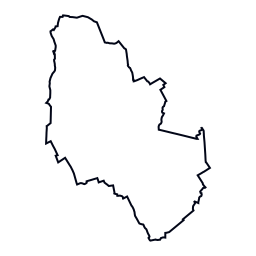 the district of Curtuiseni, Bihor, Romania
{"feature_id": "2599482B62407773842337", "entity_name": "Curtuiseni", "entity_type": "district", "adm_level": 2, "iso_a3": "ROU", "parent_name": "Romania", "parent_adm1": "Bihor", "projection": "albers", "projection_center": [22.231, 47.541], "detail": "fine", "context": "isolated", "style": "outline", "palette": "ink", "viewbox_px": 256, "rotation_deg": 0, "n_neighbors": 0, "source": "geoboundaries", "source_scale": "gbopen_adm2", "svg_char_len": 4627}
<svg xmlns="http://www.w3.org/2000/svg" viewBox="0 0 256 256"><path d="M201.5,193.2L200.6,192.9L200.2,191.6L200.7,190.9L201.6,189.9L201.9,189.6L202.2,189.3L202.5,188.8L203.0,188.1L203.5,187.9L203.8,187.9L204.1,187.9L205.2,187.7L205.5,187.4L204.5,186.4L203.0,184.5L202.8,183.9L202.8,183.3L197.7,175.3L201.2,173.3L203.3,172.0L204.0,171.7L204.6,171.3L209.9,167.9L206.0,162.1L205.8,162.1L205.6,160.7L205.3,154.4L205.1,151.4L204.5,142.2L203.9,135.6L203.8,133.1L203.7,132.3L203.7,131.0L203.4,130.3L203.2,129.9L202.5,129.4L202.5,129.0L202.3,128.4L202.1,128.2L201.8,127.9L201.6,128.0L201.8,128.2L202.0,128.4L202.2,129.4L201.5,130.1L200.5,130.4L199.6,130.8L199.3,131.1L199.2,131.7L199.4,132.3L200.1,133.7L199.7,134.3L198.7,134.8L197.5,135.2L196.5,135.6L196.3,136.7L196.8,137.5L197.6,138.9L196.8,138.9L190.3,137.3L184.3,135.8L176.9,134.0L172.2,132.9L161.9,130.4L158.8,129.7L158.6,126.9L158.8,125.9L159.4,124.6L161.0,123.5L161.6,122.0L161.6,121.3L161.4,120.0L161.4,119.7L161.6,118.2L161.8,117.5L162.0,116.9L163.0,115.4L164.0,113.4L162.4,112.7L162.2,112.3L162.0,111.8L162.1,110.9L162.7,109.8L162.6,108.5L162.5,108.1L162.7,107.3L163.2,106.7L164.0,106.2L165.2,102.3L165.2,101.9L165.4,101.6L166.4,101.0L160.4,89.8L164.4,87.1L163.3,84.9L165.6,83.2L160.0,78.5L152.4,82.9L150.1,84.3L149.7,83.4L148.3,81.6L147.3,81.3L144.0,77.1L140.6,78.6L137.3,80.1L133.8,81.4L133.7,81.4L133.7,81.1L133.6,79.8L133.1,79.8L133.0,77.1L132.7,75.1L132.2,72.5L131.5,71.2L131.1,70.5L130.7,69.4L130.1,68.0L129.5,67.7L128.9,67.2L128.5,66.5L128.0,66.0L127.9,65.7L127.8,65.2L128.1,64.6L127.8,63.5L127.6,60.9L126.9,56.0L126.7,53.9L126.1,50.2L126.0,49.6L125.8,49.2L125.7,49.1L125.1,48.7L124.7,48.6L124.4,48.4L124.1,48.1L123.8,47.7L118.6,41.2L116.4,43.0L114.8,43.6L114.1,43.7L113.4,43.6L112.3,43.4L110.7,43.3L109.7,43.3L107.7,42.7L106.9,42.9L104.8,42.4L103.6,39.2L96.9,22.3L94.0,21.3L91.8,19.5L87.9,17.2L82.8,15.9L82.4,15.9L80.8,16.4L76.9,17.7L72.6,17.1L70.4,17.0L69.5,16.9L68.8,16.1L65.9,15.7L63.4,15.4L63.0,15.4L62.9,15.7L62.8,16.4L62.6,16.9L61.9,16.9L61.6,16.9L60.0,16.9L59.1,19.0L58.5,21.1L58.0,22.9L57.6,26.2L55.6,26.4L55.4,27.4L53.8,30.0L53.0,29.4L52.1,30.1L51.3,30.8L50.5,31.3L50.5,32.0L50.7,33.1L51.7,36.0L53.1,38.3L53.5,38.9L54.1,40.7L54.2,41.3L55.7,45.5L55.7,47.1L55.1,50.8L53.3,51.1L53.2,51.4L53.6,52.3L54.3,52.7L54.3,53.0L53.9,53.1L53.9,53.7L54.2,54.3L54.8,54.4L54.9,58.7L54.1,59.7L54.1,59.9L54.2,61.3L54.4,61.9L54.8,64.1L54.8,65.3L55.2,67.7L55.0,70.2L54.4,71.4L52.5,73.6L50.5,78.0L49.6,81.7L49.8,83.3L49.4,86.2L49.5,86.9L50.3,90.1L50.3,93.0L50.1,97.6L49.2,99.4L48.9,99.4L48.5,99.5L48.3,100.0L47.9,101.1L47.1,102.1L46.3,102.9L48.1,103.5L48.3,103.6L48.9,103.9L49.5,104.9L49.8,105.3L51.0,106.8L50.6,123.1L47.0,126.0L46.7,126.1L46.8,128.1L46.6,131.3L46.5,132.9L46.5,133.2L46.5,133.3L46.4,136.2L46.4,136.3L46.3,138.1L46.2,140.5L46.1,143.2L46.1,143.5L47.7,142.7L48.1,142.5L49.3,141.9L49.6,141.8L49.9,141.6L50.3,141.4L50.5,141.3L50.7,141.2L53.1,146.0L54.8,149.1L57.6,155.2L55.7,155.7L58.2,162.4L65.1,157.8L69.9,165.5L70.7,166.7L72.6,170.5L73.9,173.5L76.6,183.1L77.1,184.5L79.0,183.7L80.2,183.2L81.0,183.1L81.5,183.2L82.0,183.3L82.5,183.4L83.0,183.6L83.5,183.9L84.6,184.1L85.9,183.4L86.7,182.7L86.6,181.3L87.9,180.9L91.7,179.8L97.3,178.1L98.3,180.9L98.7,182.4L103.7,180.7L104.5,182.6L104.9,182.9L106.6,184.2L107.2,184.6L108.8,186.0L113.1,185.4L113.8,189.0L114.5,192.6L114.3,193.5L115.3,193.9L117.2,194.3L117.3,195.8L118.3,195.8L120.0,195.6L122.0,196.2L122.8,197.0L123.3,197.7L123.0,198.1L123.0,198.4L123.1,198.6L127.1,196.5L131.5,205.7L132.2,206.4L132.7,207.4L133.2,208.3L133.8,209.7L134.2,211.1L134.5,212.0L134.7,213.8L134.9,215.0L135.1,215.9L135.5,216.6L136.4,218.1L137.3,219.7L138.9,222.7L139.4,223.5L139.9,223.7L141.2,224.1L142.3,224.4L143.0,224.4L143.4,224.7L143.6,225.1L144.0,226.1L144.5,227.2L144.9,227.9L145.5,228.5L146.3,229.2L146.5,229.6L146.8,230.4L147.6,232.6L148.1,233.7L148.9,235.1L149.1,235.5L149.3,236.0L149.5,236.6L149.3,237.1L148.7,237.6L148.5,237.9L149.3,239.3L149.9,240.3L150.5,240.6L151.4,240.4L152.4,240.2L154.3,239.8L155.6,239.5L155.8,239.6L156.0,239.8L156.3,239.8L157.1,239.9L157.7,240.0L159.1,239.8L160.1,239.7L160.9,238.1L161.8,237.8L162.6,237.5L163.8,237.4L165.3,237.6L165.3,232.9L166.4,232.8L168.8,232.2L169.1,232.1L169.4,231.9L180.3,222.9L183.6,220.1L182.9,219.3L193.5,210.5L192.9,209.1L193.0,206.9L193.3,205.8L194.2,204.5L194.9,203.5L195.1,202.9L194.4,201.8L194.7,201.5L198.3,203.0L198.3,202.0L198.5,201.3L198.8,200.1L198.8,199.9L199.1,198.6L199.1,198.2L199.2,197.6L199.8,196.8L200.4,196.4L201.0,196.2L201.4,195.8L201.4,195.7L201.7,194.6L201.5,193.9L201.4,193.7L201.5,193.3L201.5,193.2Z" fill="none" stroke="#020617" stroke-width="2"/></svg>